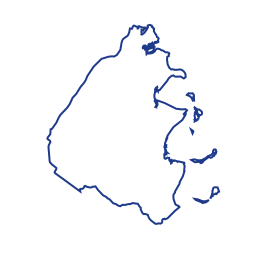 outline of Palma, Cabo Delgado, Mozambique, rotated 350°
{"feature_id": "85939544B28801965730987", "entity_name": "Palma", "entity_type": "district", "adm_level": 2, "iso_a3": "MOZ", "parent_name": "Mozambique", "parent_adm1": "Cabo Delgado", "projection": "natural_earth1", "projection_center": [40.456, -10.86], "detail": "fine", "context": "isolated", "style": "outline", "palette": "blue", "viewbox_px": 256, "rotation_deg": 350, "n_neighbors": 0, "source": "geoboundaries", "source_scale": "gbopen_adm2", "svg_char_len": 5938}
<svg xmlns="http://www.w3.org/2000/svg" viewBox="0 0 256 256"><g transform="rotate(350 128 128)"><path d="M148.2,223.7L148.7,224.3L151.2,223.8L160.1,217.6L164.9,214.9L164.9,214.4L164.0,213.3L163.3,213.1L161.5,211.5L161.3,210.8L160.5,205.7L160.9,202.6L161.4,201.3L163.1,199.7L163.3,198.7L169.0,191.9L169.7,190.0L173.6,185.1L176.2,180.2L176.1,179.9L175.8,180.3L175.8,180.0L177.2,175.1L176.7,173.1L177.4,172.6L177.3,171.9L171.8,169.6L170.9,170.0L170.3,169.1L168.0,167.9L166.7,167.8L167.2,168.3L168.2,168.5L165.8,168.4L165.3,167.0L164.6,167.3L164.0,166.3L164.2,168.4L164.6,168.5L165.0,169.4L165.0,170.0L164.3,170.3L164.4,169.4L163.2,167.2L163.1,165.5L163.4,164.6L163.2,163.8L163.1,164.7L161.7,164.0L159.8,164.9L158.7,164.2L159.1,160.3L160.4,158.9L160.7,157.4L161.4,158.7L160.1,160.2L160.2,160.7L161.2,160.7L161.2,160.0L161.9,159.1L162.5,159.3L161.8,158.4L161.1,154.3L161.0,155.7L160.7,155.5L160.8,153.7L161.3,154.1L161.6,153.8L161.0,153.4L161.1,152.4L162.1,152.8L161.9,152.1L162.4,152.0L162.0,151.2L161.3,151.5L161.6,150.9L162.0,150.8L161.6,150.5L161.9,149.2L163.7,146.6L163.4,146.3L163.8,145.4L164.1,145.2L164.3,145.6L164.6,145.1L164.6,144.3L165.1,144.2L165.2,143.0L166.2,141.7L172.9,135.0L182.8,129.6L187.0,124.9L187.5,123.4L187.4,123.2L186.9,124.5L186.3,124.3L186.2,125.4L185.8,125.3L186.0,124.7L185.7,123.8L184.9,124.7L185.3,123.9L188.4,121.6L189.2,120.7L187.8,119.4L184.5,119.1L178.8,117.4L168.5,109.8L161.3,105.7L160.8,105.9L161.3,108.4L161.1,110.3L160.5,111.2L159.3,111.8L159.3,112.5L158.6,112.1L160.7,109.5L160.5,107.9L160.1,109.5L159.0,105.8L159.9,104.2L159.4,103.4L159.5,100.9L161.2,96.3L161.3,94.8L162.4,93.3L163.9,92.6L163.9,93.3L162.2,95.1L161.7,95.0L161.6,96.3L162.1,97.0L162.6,96.8L162.4,96.4L163.2,96.4L162.5,95.7L162.5,95.2L164.0,96.2L164.1,96.7L164.4,95.9L165.8,96.1L174.4,88.7L176.9,86.0L180.0,84.2L181.8,84.1L182.9,85.3L184.1,85.8L188.6,86.4L191.6,88.9L193.6,87.9L193.9,85.2L193.7,83.9L192.8,82.0L191.0,80.0L189.2,79.3L186.5,79.2L184.0,78.8L182.2,77.9L180.8,77.9L179.1,75.8L178.1,72.3L178.3,67.4L179.0,64.8L180.8,64.1L180.8,63.0L181.6,61.9L181.4,61.2L179.9,60.3L178.2,60.0L175.9,57.8L174.2,57.1L173.3,56.1L171.2,55.0L170.1,55.0L169.0,55.5L167.7,57.2L165.1,58.4L161.5,58.4L160.2,57.7L159.1,58.5L159.3,55.9L160.1,55.1L160.3,54.2L160.1,53.7L158.5,54.0L158.1,53.7L158.0,50.4L157.6,50.5L157.2,51.8L156.5,51.9L156.5,51.3L157.6,49.7L159.0,49.7L158.6,51.9L159.0,52.6L159.6,52.2L160.6,50.7L161.8,51.1L162.4,50.9L162.7,49.3L163.6,48.8L164.9,49.0L166.3,49.9L166.6,49.7L166.5,48.4L166.8,48.2L167.2,49.5L167.7,50.2L168.6,49.0L169.9,49.0L169.6,48.0L170.6,47.9L171.5,48.7L171.9,48.2L172.3,48.6L172.8,48.5L172.8,46.9L173.7,45.1L173.4,44.3L172.4,43.5L171.9,41.1L171.0,39.4L170.3,37.1L170.9,34.7L170.3,34.5L169.8,32.8L169.0,32.5L169.2,31.3L167.3,30.2L165.3,30.5L165.1,32.2L164.5,33.3L160.7,37.1L158.0,38.4L157.5,38.1L158.2,37.2L157.8,36.0L158.4,33.6L159.9,34.7L160.9,33.3L162.6,32.8L162.8,32.2L159.7,31.6L156.4,29.6L155.6,29.9L155.7,31.3L155.3,31.7L154.8,31.7L154.9,30.8L154.5,30.0L151.7,28.2L150.6,28.7L149.1,31.0L147.2,30.3L145.9,33.8L144.5,36.2L143.5,37.2L139.6,39.0L138.1,40.0L136.6,42.6L134.0,49.8L129.8,54.1L126.7,55.2L124.7,54.6L121.3,54.4L113.9,55.3L104.7,61.7L96.9,69.9L94.9,73.2L92.5,75.9L88.6,79.1L83.0,85.4L78.7,88.6L74.8,94.3L71.5,97.6L64.1,103.0L62.0,105.2L58.3,110.4L52.8,115.8L51.6,115.8L50.4,120.6L47.5,123.2L46.8,124.2L47.0,125.1L48.9,127.0L49.2,128.2L47.0,131.2L46.4,132.9L45.1,146.9L45.2,148.2L46.5,150.4L50.5,154.9L50.3,156.0L48.6,157.9L48.0,159.1L48.6,160.1L70.0,182.3L70.0,180.0L70.7,179.7L72.8,180.0L74.1,179.1L75.2,177.6L76.0,177.7L76.8,178.5L80.4,180.1L82.0,180.1L83.1,179.6L83.7,179.9L85.8,179.8L87.8,184.0L91.9,190.1L94.7,192.2L95.5,193.6L97.5,195.1L100.4,199.6L102.7,200.7L105.1,202.9L106.8,203.7L109.2,202.7L112.0,203.3L114.7,203.0L117.1,203.3L119.4,202.7L124.6,204.4L125.6,207.2L126.7,208.6L126.4,210.6L127.6,214.6L128.5,215.5L129.9,215.6L132.4,216.9L132.9,219.9L133.6,221.5L134.9,223.4L138.1,226.9L139.5,227.4L141.6,227.2L143.2,227.8L144.6,227.5L145.4,226.3L145.7,224.6L146.6,223.8L148.2,223.7ZM210.1,164.2L209.0,164.1L207.7,165.4L207.5,167.0L205.7,168.8L201.6,169.7L199.3,171.1L195.2,172.4L191.7,172.1L187.6,170.3L184.8,170.5L187.9,173.3L193.0,173.7L193.7,174.3L193.4,175.0L193.9,175.2L194.2,174.9L194.0,174.0L194.9,174.0L195.5,173.2L195.7,174.1L194.7,174.5L194.5,175.1L195.2,175.0L197.0,173.3L201.7,171.0L202.8,170.7L204.5,171.8L205.7,171.4L208.1,169.5L207.5,170.2L207.8,170.4L208.8,169.3L208.5,169.0L208.8,168.7L208.9,168.1L209.2,168.5L209.9,168.6L210.5,167.7L210.3,167.1L210.9,166.6L210.5,165.6L210.8,164.9L210.1,164.2ZM198.6,120.9L196.6,118.4L197.4,119.4L197.1,120.8L197.8,121.1L198.6,122.9L199.0,123.1L198.9,123.9L198.5,124.1L198.6,125.4L199.3,125.9L199.8,127.3L201.0,127.6L199.7,127.7L199.0,128.3L198.3,126.3L197.0,123.9L196.5,124.7L196.8,125.0L196.5,125.7L195.7,127.0L195.7,130.0L194.8,133.1L196.2,132.7L195.4,131.5L196.3,131.5L197.0,132.3L197.9,132.0L197.8,131.5L198.9,131.1L199.6,129.3L200.6,128.1L202.8,127.5L203.5,126.5L203.5,124.8L202.8,123.8L201.3,122.2L200.1,122.0L198.6,120.9ZM205.9,202.1L203.0,201.4L202.1,201.6L201.3,202.3L200.8,203.7L200.1,204.7L200.2,205.8L198.9,208.6L196.7,211.9L198.5,210.0L199.7,209.7L199.8,208.4L201.1,208.2L202.0,208.4L202.7,207.8L203.7,208.4L205.3,206.9L206.7,206.5L205.9,202.1ZM195.7,104.9L193.7,104.3L193.2,105.1L192.4,105.0L191.7,105.7L194.2,107.3L195.3,108.5L196.0,109.9L196.8,113.1L197.5,110.1L198.0,111.1L198.6,106.7L197.6,105.0L195.7,104.9ZM162.3,53.8L161.1,52.3L160.6,52.2L160.8,54.8L160.0,56.1L160.1,56.9L161.9,57.4L164.7,57.0L167.2,55.4L167.4,54.8L166.9,53.7L166.0,53.2L162.3,53.8ZM191.3,213.6L188.6,213.0L184.6,210.5L181.4,209.4L182.3,210.7L186.8,213.4L188.4,214.8L191.8,214.7L195.2,213.1L191.3,213.6ZM166.2,51.6L163.4,49.5L163.0,50.5L163.7,51.7L162.6,52.5L162.3,53.1L163.1,53.3L165.7,52.5L167.4,53.1L168.3,52.8L168.3,52.3L166.2,51.6ZM191.7,142.3L189.8,140.4L190.6,144.6L191.7,143.0L191.7,142.3Z" fill="none" stroke="#1e3a8a" stroke-width="2"/></g></svg>